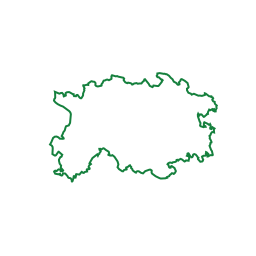 SVG path tracing the border of Hessen, rotated 52°
{"feature_id": "DEU-1574", "entity_name": "Hessen", "entity_type": "State", "adm_level": 1, "iso_a3": "DEU", "parent_name": "Germany", "parent_adm1": "", "projection": "equal_earth", "projection_center": [9.183, 50.526], "detail": "fine", "context": "isolated", "style": "outline", "palette": "green", "viewbox_px": 256, "rotation_deg": 52, "n_neighbors": 0, "source": "natural_earth", "source_scale": "10m", "svg_char_len": 5843}
<svg xmlns="http://www.w3.org/2000/svg" viewBox="0 0 256 256"><g transform="rotate(52 128 128)"><path d="M184.5,62.9L183.4,63.6L183.0,64.5L183.4,66.1L184.2,67.0L184.4,68.7L185.5,69.0L186.6,70.1L187.7,70.1L190.5,70.8L190.8,71.2L190.5,72.2L190.8,72.6L191.7,73.3L192.2,74.7L196.4,76.0L197.9,76.1L201.3,77.7L201.5,78.0L201.2,78.6L200.4,79.4L200.0,80.2L199.7,82.5L199.5,82.8L198.7,82.0L198.7,81.4L198.0,80.7L195.6,81.0L195.1,81.3L195.6,81.7L196.0,82.4L197.7,82.9L197.5,83.9L196.4,85.5L196.1,87.2L196.2,87.4L197.2,87.6L197.9,88.0L199.2,88.2L199.9,89.2L200.1,90.0L199.1,91.8L195.6,92.0L195.0,91.6L194.9,90.9L193.9,91.1L193.3,90.9L190.7,91.0L189.3,91.9L189.1,92.9L189.3,93.4L190.3,94.5L190.5,95.4L190.2,96.0L188.5,96.3L185.5,95.9L185.1,96.0L184.9,96.4L184.8,96.9L185.1,97.2L185.9,96.9L186.0,98.0L186.2,98.7L186.6,98.5L187.4,97.7L188.2,97.6L189.7,98.5L190.4,99.7L191.1,100.4L189.3,102.2L189.2,102.6L189.4,103.1L189.3,103.9L189.2,104.1L186.1,104.8L184.8,105.5L184.8,105.9L184.4,106.9L184.6,108.4L183.4,108.7L183.1,109.4L184.0,110.4L183.8,111.7L182.6,113.9L182.7,114.8L181.5,115.7L180.8,116.7L180.6,118.5L180.9,119.2L182.2,118.9L183.9,119.7L184.7,119.7L185.1,119.5L185.5,118.8L184.7,117.8L184.9,117.0L188.1,116.0L191.4,116.8L192.2,118.4L192.4,120.1L192.2,120.4L191.4,120.5L190.6,121.4L190.8,122.2L190.8,124.1L191.3,125.2L190.6,127.7L190.7,128.1L191.2,128.1L190.6,129.6L188.0,133.3L186.8,134.1L183.1,135.9L178.8,137.1L177.7,136.9L176.1,135.5L174.7,135.9L174.0,136.8L172.6,141.0L173.0,144.1L171.4,145.3L168.9,146.1L168.5,146.4L168.0,147.0L167.6,148.0L167.7,148.9L168.0,149.2L167.7,149.5L164.8,150.3L163.9,150.3L162.9,149.9L161.5,150.2L160.6,149.4L159.9,149.6L158.6,149.4L158.4,150.1L158.6,151.6L158.0,153.8L158.4,154.2L159.6,154.3L159.8,154.7L158.8,156.5L158.7,156.9L159.1,158.5L158.5,159.2L154.9,160.4L152.5,160.4L150.8,158.0L147.9,156.8L142.3,156.4L139.8,157.0L139.4,158.3L138.4,159.3L137.1,160.0L136.9,159.8L137.4,158.9L134.8,157.8L131.6,159.0L129.6,159.4L128.9,159.8L128.7,160.3L128.5,162.3L127.4,162.6L126.8,163.4L127.7,163.9L128.9,163.6L129.7,164.0L130.1,165.8L130.7,166.5L130.6,167.4L131.3,168.8L129.8,168.5L129.8,174.5L131.9,179.6L132.3,180.3L132.6,180.3L133.3,179.4L133.6,179.4L133.6,181.5L134.1,182.7L134.9,183.2L136.1,183.0L136.6,183.6L136.3,184.4L135.3,185.6L135.5,186.2L137.1,187.0L136.1,189.0L136.0,189.7L136.2,190.5L135.5,191.1L134.1,191.4L134.2,192.4L134.8,194.9L132.5,197.2L132.7,197.7L133.9,198.7L134.8,199.9L134.2,200.7L133.7,200.6L132.9,200.0L132.6,200.1L132.6,200.5L134.1,202.1L135.7,204.4L135.7,205.0L135.1,205.0L134.3,204.2L132.7,204.2L132.2,204.2L130.8,205.4L130.2,205.6L128.8,205.3L125.3,205.5L123.7,207.1L124.7,208.6L124.8,209.1L124.5,209.7L122.9,210.5L122.6,210.3L122.5,209.9L122.2,209.8L121.6,211.4L119.2,213.5L116.9,213.1L116.7,212.6L116.8,211.6L117.9,211.0L118.0,210.6L117.8,208.9L117.9,208.1L119.2,206.8L120.3,207.6L120.7,207.5L121.6,206.2L121.7,205.6L121.5,205.2L117.8,205.4L116.5,203.9L114.0,203.8L111.2,202.5L110.4,201.8L109.6,200.0L109.3,199.1L109.6,198.5L109.6,197.8L108.9,197.1L108.6,196.3L104.0,197.2L103.9,197.5L105.1,201.6L105.0,202.2L104.6,202.7L102.0,203.6L97.9,200.0L96.5,199.1L95.0,198.9L93.0,199.6L92.0,197.2L89.7,193.1L89.8,191.0L90.8,189.5L92.5,188.6L94.4,188.3L96.5,185.9L96.7,185.2L95.9,184.9L93.5,185.2L92.6,183.2L91.5,181.5L91.0,179.4L89.0,176.7L88.5,175.7L89.5,173.1L88.3,170.5L81.9,164.5L80.3,163.9L78.6,163.9L71.1,166.0L68.8,167.4L65.9,168.7L63.3,169.4L60.9,169.5L59.8,168.2L59.6,167.2L59.2,166.6L55.3,163.7L54.5,163.3L58.6,161.0L58.8,160.7L59.1,159.3L59.8,158.3L62.1,158.2L63.1,159.0L63.6,159.1L64.1,157.0L62.6,156.1L62.1,155.6L62.1,155.0L62.2,154.3L62.9,153.0L63.7,152.1L67.2,150.7L67.9,150.0L69.0,150.8L69.7,150.9L70.9,149.4L70.4,148.7L70.4,148.2L70.9,147.4L74.1,147.4L75.1,147.2L75.7,146.7L75.7,146.0L74.8,143.7L74.4,143.1L73.2,142.2L71.4,139.1L70.3,138.7L70.0,137.8L67.2,137.3L66.8,136.9L67.0,136.6L67.7,136.0L68.5,133.9L69.6,132.8L68.4,131.9L68.5,128.7L68.8,127.8L69.8,127.2L70.7,126.2L71.7,125.9L72.7,126.0L74.1,127.3L75.4,127.2L76.7,126.2L78.3,122.9L78.1,122.5L77.5,122.3L77.1,121.6L76.9,120.5L75.7,118.0L76.4,116.7L76.6,115.4L77.2,114.4L78.6,113.6L79.1,110.9L78.6,110.3L77.2,109.4L77.1,108.9L76.6,108.5L76.6,108.1L79.8,105.8L80.4,104.6L81.6,104.0L85.6,100.7L86.8,100.7L87.4,101.8L87.8,102.0L90.4,102.0L92.2,101.0L92.4,100.7L92.3,100.0L94.1,98.5L95.2,97.9L96.3,98.0L96.6,97.5L96.7,95.8L97.9,93.6L99.1,93.1L100.2,91.2L101.2,90.0L100.6,87.8L100.8,86.8L99.8,85.2L100.0,84.6L106.1,84.5L108.1,84.9L110.8,83.6L110.8,83.0L110.2,81.8L113.4,78.6L113.6,78.2L113.5,77.2L112.4,72.8L111.7,72.4L111.8,71.4L111.2,71.2L109.6,72.1L106.9,72.5L106.2,73.4L105.6,73.5L104.6,73.3L104.2,72.2L103.1,71.3L104.2,69.3L107.4,66.4L107.8,65.7L108.9,65.1L109.4,64.4L112.1,63.5L114.8,63.4L117.0,62.9L119.7,63.4L122.0,62.3L124.4,62.2L124.9,61.8L125.3,60.6L124.8,60.2L123.4,59.9L123.1,57.8L122.3,56.5L122.4,55.8L122.7,55.5L125.8,54.2L129.2,53.4L132.9,54.9L133.3,55.3L133.4,56.0L133.3,57.3L134.7,58.3L137.4,58.7L139.7,57.3L140.9,57.3L141.6,55.0L145.8,52.7L146.7,51.4L148.2,50.0L149.3,47.1L148.0,46.1L148.8,45.6L153.0,44.5L154.3,42.9L154.8,43.3L155.9,42.5L157.1,42.6L157.3,42.9L157.4,44.0L158.3,44.4L159.5,44.4L160.8,43.6L161.7,44.3L162.9,44.6L165.0,44.2L165.6,45.3L167.0,46.0L167.7,47.7L168.9,48.7L168.4,49.5L168.0,49.6L166.0,48.6L165.8,49.1L166.5,50.3L166.0,50.4L165.0,50.1L164.6,52.3L163.5,52.7L164.8,55.3L165.5,56.0L166.1,56.3L165.6,57.2L166.0,58.0L165.9,59.0L166.1,60.9L165.8,61.5L162.6,61.7L161.6,62.9L162.1,63.9L162.1,64.4L160.0,64.0L160.4,64.7L162.0,65.8L167.2,67.6L168.0,67.6L168.8,67.9L170.5,69.7L171.3,69.7L173.9,67.9L174.1,67.0L174.8,66.1L174.2,65.9L172.8,66.7L170.9,65.2L170.5,64.3L173.8,62.6L175.2,62.3L175.8,61.7L175.5,60.9L176.2,61.0L177.6,61.7L178.6,63.3L179.3,63.6L180.2,62.9L179.4,61.4L179.4,60.9L180.7,60.7L181.3,60.2L181.7,60.1L182.0,61.3L184.5,62.9Z" fill="none" stroke="#15803d" stroke-width="2"/></g></svg>